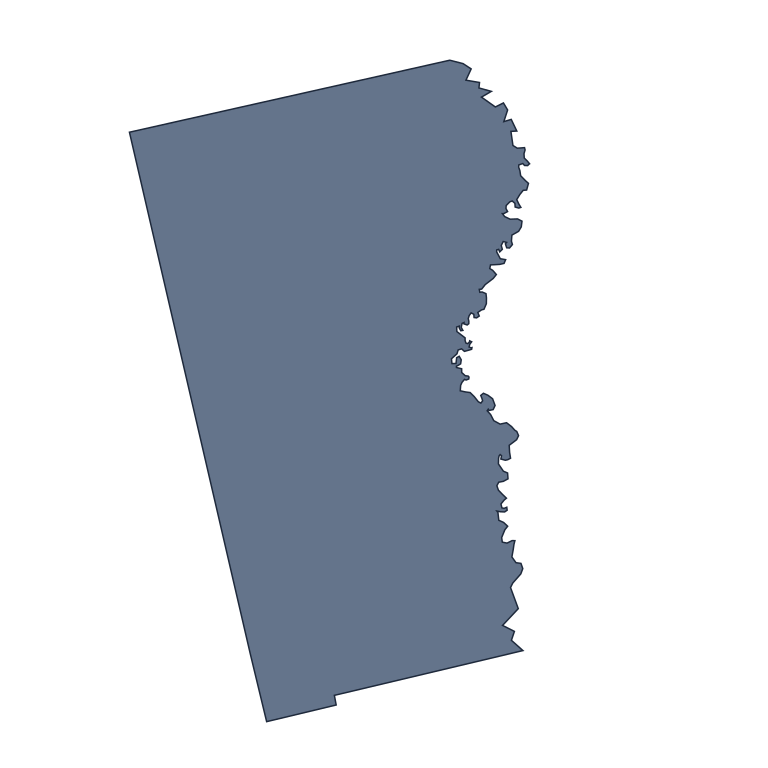 Mellette, South Dakota, United States of America (orthographic projection), rotated 77°
{"feature_id": "52423323B72316424334286", "entity_name": "Mellette", "entity_type": "district", "adm_level": 2, "iso_a3": "USA", "parent_name": "United States of America", "parent_adm1": "South Dakota", "projection": "orthographic", "projection_center": [-100.749, 43.623], "detail": "fine", "context": "isolated", "style": "filled", "palette": "slate", "viewbox_px": 768, "rotation_deg": 77, "n_neighbors": 0, "source": "geoboundaries", "source_scale": "gbopen_adm2", "svg_char_len": 2998}
<svg xmlns="http://www.w3.org/2000/svg" viewBox="0 0 768 768"><g transform="rotate(77 384 384)"><path d="M610.8,306.5L606.9,303.3L599.8,293.4L595.1,290.3L589.6,290.9L587.8,295.6L581.3,298.3L574.3,295.3L569.4,293.4L566.1,291.7L565.4,294.4L566.7,299.9L564.7,304.3L560.1,303.9L553.2,299.0L550.4,295.5L545.8,298.6L542.6,302.8L534.8,301.9L533.2,302.6L534.7,299.2L535.8,295.2L534.7,292.4L531.7,292.1L532.2,295.0L531.2,297.0L527.2,297.0L524.1,293.0L522.8,290.4L518.2,293.4L513.2,296.4L508.5,296.9L505.5,294.3L505.7,289.6L504.3,284.5L498.5,283.6L495.8,287.3L487.6,290.5L481.9,289.0L479.9,288.0L478.9,286.7L480.3,285.6L483.4,287.0L485.6,282.9L485.6,280.4L484.8,277.4L478.9,277.0L471.9,275.8L468.1,267.3L464.6,264.5L460.1,265.3L458.4,267.0L454.3,269.2L449.3,273.3L449.2,279.9L444.4,285.3L437.7,287.0L433.3,289.5L432.0,288.1L433.4,287.6L433.5,283.4L429.9,280.6L422.8,281.5L418.3,285.3L415.4,289.2L416.9,292.3L420.1,291.8L422.6,291.7L424.4,293.9L422.5,296.1L416.6,298.9L411.7,302.0L410.1,306.3L407.8,311.2L404.8,310.3L402.5,309.6L399.9,307.6L397.6,304.5L398.6,303.1L398.2,300.3L396.4,299.6L395.2,300.2L394.2,303.0L390.3,305.7L386.6,304.9L385.1,308.0L384.2,309.7L382.9,309.4L382.5,307.5L381.6,304.8L377.8,303.3L376.1,303.8L373.9,304.5L374.7,307.3L380.2,309.2L379.4,313.2L374.6,312.6L371.0,306.1L367.5,304.1L367.2,300.5L370.3,298.3L370.1,293.4L369.9,290.8L368.3,290.1L368.3,291.1L367.1,292.8L364.6,291.5L362.6,289.1L361.2,290.8L362.4,291.4L363.5,293.3L362.5,295.0L359.8,295.2L357.3,294.6L349.3,301.2L344.8,300.4L344.5,297.6L346.2,298.1L349.4,297.2L349.5,295.1L346.2,296.0L342.5,294.3L342.1,292.2L343.4,292.6L345.2,289.7L344.3,287.8L341.9,287.2L339.2,287.2L336.5,285.6L334.3,283.1L336.3,280.8L339.5,281.3L340.4,278.9L339.2,275.9L335.4,276.5L333.7,272.2L333.7,269.8L328.8,266.2L323.2,264.8L318.9,264.3L316.4,267.7L316.2,270.0L313.2,269.9L313.5,267.5L309.9,263.0L305.7,253.8L302.6,249.9L297.6,252.6L295.3,255.0L291.9,253.4L292.6,249.6L293.5,244.3L293.5,239.9L290.2,237.5L288.1,242.5L280.6,244.5L278.7,244.0L278.6,242.0L281.3,241.5L279.4,238.4L275.4,238.6L272.0,235.8L273.6,232.7L274.7,234.2L278.9,233.8L279.7,231.1L277.0,227.5L273.5,227.7L267.7,225.9L265.5,218.5L261.8,214.9L256.4,212.9L253.2,216.7L251.8,224.0L248.0,228.8L244.6,230.3L244.9,228.9L243.8,224.8L240.4,225.7L237.6,224.8L234.8,220.4L234.5,217.9L237.4,215.8L241.1,216.4L242.9,213.1L242.7,210.9L239.1,212.1L234.2,213.2L229.9,209.0L226.6,204.8L227.1,201.4L221.0,198.1L217.6,200.5L211.8,204.0L206.7,203.6L203.1,204.0L200.9,203.4L200.4,199.2L202.7,197.9L203.5,194.9L202.5,193.4L202.2,192.6L199.0,194.2L195.4,196.5L191.1,195.8L187.7,193.9L185.3,193.9L184.8,197.4L184.2,201.1L180.6,204.7L166.4,203.5L167.4,197.7L154.8,200.5L155.3,208.2L144.8,201.9L137.0,204.4L139.1,213.2L126.4,224.5L123.0,213.6L116.9,224.9L111.7,223.1L106.4,235.8L96.6,228.2L89.6,234.9L83.3,247.1L81.4,575.4L616.0,575.0L686.6,574.3L686.0,502.8L676.2,502.4L675.0,308.6L662.4,317.5L654.4,312.6L645.9,322.8L633.1,303.7L610.8,306.5Z" fill="#64748b" stroke="#1e293b" stroke-width="1.5"/></g></svg>